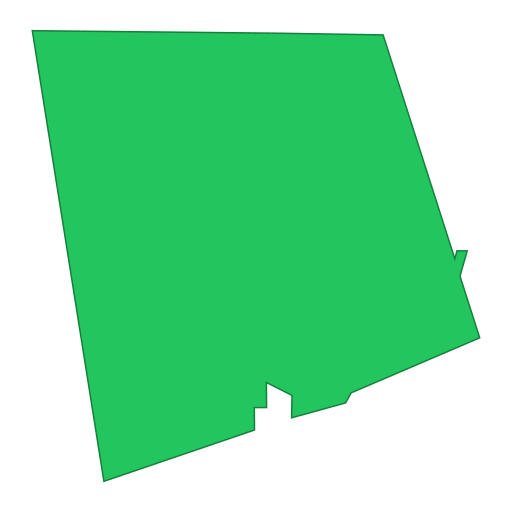 the district of Heard, Georgia, United States of America
{"feature_id": "52423323B5614253724066", "entity_name": "Heard", "entity_type": "district", "adm_level": 2, "iso_a3": "USA", "parent_name": "United States of America", "parent_adm1": "Georgia", "projection": "albers", "projection_center": [-85.075, 33.279], "detail": "fine", "context": "isolated", "style": "filled", "palette": "green", "viewbox_px": 512, "rotation_deg": 0, "n_neighbors": 0, "source": "geoboundaries", "source_scale": "gbopen_adm2", "svg_char_len": 344}
<svg xmlns="http://www.w3.org/2000/svg" viewBox="0 0 512 512"><path d="M103.9,481.3L254.5,430.0L254.3,407.6L266.6,407.6L266.4,382.5L292.0,395.4L291.6,417.8L345.6,402.9L351.2,392.8L479.7,337.8L460.0,276.1L467.2,250.9L457.0,250.8L454.8,258.8L383.1,34.9L277.7,33.2L32.3,30.7L103.9,481.3Z" fill="#22c55e" stroke="#15803d" stroke-width="1.5"/></svg>